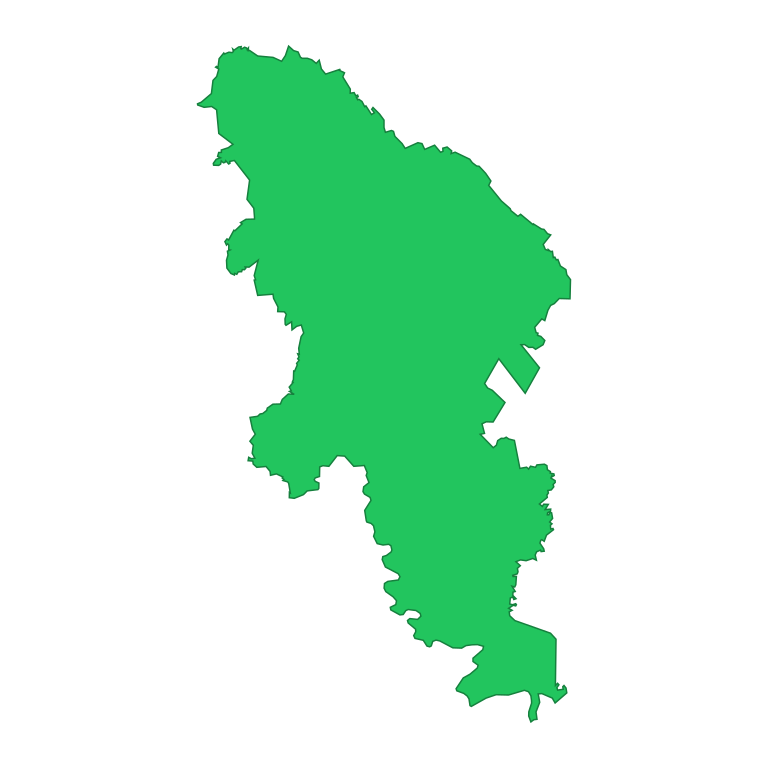 the district of Tezonapa, Veracruz, Mexico
{"feature_id": "50627088B71934722124571", "entity_name": "Tezonapa", "entity_type": "district", "adm_level": 2, "iso_a3": "MEX", "parent_name": "Mexico", "parent_adm1": "Veracruz", "projection": "albers", "projection_center": [-96.777, 18.559], "detail": "fine", "context": "isolated", "style": "filled", "palette": "green", "viewbox_px": 768, "rotation_deg": 0, "n_neighbors": 0, "source": "geoboundaries", "source_scale": "gbopen_adm2", "svg_char_len": 6067}
<svg xmlns="http://www.w3.org/2000/svg" viewBox="0 0 768 768"><path d="M553.8,486.8L553.1,484.5L555.2,482.4L555.1,480.6L550.9,478.1L551.9,475.6L552.4,476.6L554.2,475.5L553.9,473.9L550.2,473.1L550.4,471.6L547.4,469.7L546.9,465.6L544.4,464.2L536.9,464.9L535.5,467.3L530.5,466.2L528.6,469.1L526.6,467.2L519.9,468.4L514.4,440.4L508.8,439.0L506.2,437.2L504.0,438.4L501.2,438.3L497.7,440.6L496.4,445.2L493.2,447.7L480.2,434.3L484.5,433.4L482.0,423.8L486.2,421.8L493.1,422.0L505.0,402.5L492.3,390.3L487.6,388.0L484.6,383.5L498.8,358.7L525.2,393.3L539.5,367.8L521.0,344.7L524.7,344.6L528.8,347.4L532.9,347.3L535.6,349.3L543.1,344.7L544.8,340.5L540.8,336.4L537.5,335.4L538.0,333.2L536.1,332.6L534.7,327.3L541.8,318.9L544.8,320.6L547.9,310.3L550.6,305.4L554.3,303.6L559.2,298.5L570.0,298.8L570.5,279.6L566.8,274.7L565.9,269.6L560.4,266.0L557.9,259.5L556.3,259.9L554.8,257.1L553.3,257.6L552.4,251.3L550.7,251.6L548.2,249.5L548.1,250.5L545.3,249.4L543.2,244.4L550.7,234.9L547.5,233.7L544.0,229.4L541.5,229.0L533.4,223.9L533.0,224.6L520.6,214.3L517.9,216.3L511.0,210.7L510.2,208.7L501.4,201.0L488.7,185.4L490.9,181.0L485.7,173.4L479.1,166.3L476.6,166.0L472.3,162.7L469.7,159.2L455.1,152.2L451.1,153.6L451.7,150.9L447.1,147.0L442.8,148.2L443.0,151.3L440.6,152.3L434.6,145.2L424.7,149.4L422.0,143.6L417.9,142.7L405.2,148.4L402.1,143.6L394.9,136.4L393.5,131.4L391.5,130.5L385.4,132.3L384.0,127.5L384.0,120.1L379.6,114.1L373.0,107.5L371.7,109.3L374.4,112.8L371.5,114.5L365.9,105.9L364.7,106.7L362.0,101.5L358.9,99.3L357.7,99.8L356.5,97.5L358.2,96.7L357.6,95.1L355.8,95.8L354.1,92.6L350.2,93.2L350.3,89.1L342.8,76.9L344.5,72.8L339.0,70.2L340.4,69.2L325.6,74.1L321.4,69.0L319.2,60.2L316.2,63.4L311.8,59.8L307.4,58.3L302.1,58.3L300.4,57.2L298.1,52.0L293.6,50.6L288.6,46.1L285.4,55.6L281.6,61.3L273.1,57.4L257.7,56.0L249.5,50.4L248.3,50.7L248.4,48.0L247.2,49.6L246.6,48.0L244.6,47.2L241.6,49.0L240.8,48.7L241.2,46.6L238.6,47.0L234.0,50.2L232.8,49.1L233.4,51.5L232.2,52.6L228.9,52.2L224.5,54.0L223.8,53.0L219.1,58.7L218.0,67.2L216.5,66.4L215.6,67.2L218.8,69.0L216.7,76.5L213.0,80.4L211.4,93.6L201.3,102.2L197.5,103.8L197.7,105.0L204.1,107.3L211.7,106.5L216.6,109.8L218.8,133.5L233.0,144.3L228.3,147.7L221.3,150.0L221.4,152.4L218.7,152.5L217.6,156.4L220.5,157.8L216.2,159.3L213.3,163.4L213.6,165.2L218.7,165.4L220.6,164.1L221.3,160.9L223.4,162.8L225.0,162.4L225.7,160.7L228.7,164.0L230.0,163.2L229.7,161.4L234.4,160.5L249.6,180.1L247.0,199.3L253.8,208.2L254.5,217.3L254.5,219.1L246.0,219.3L240.5,222.6L242.1,223.9L234.9,230.8L233.9,230.2L228.6,240.0L227.0,238.9L224.9,241.6L226.5,245.1L227.7,243.8L228.8,245.1L228.7,249.7L230.0,250.0L227.4,251.2L228.0,255.0L226.5,260.2L226.9,268.1L230.9,273.5L234.4,275.0L234.6,273.4L236.8,274.3L238.3,271.8L241.6,271.7L242.3,269.6L244.5,269.7L245.8,268.2L245.1,267.0L249.1,267.1L258.2,260.1L254.2,275.6L255.6,279.8L254.2,280.1L257.7,295.4L273.0,294.2L273.6,298.4L278.0,307.0L277.7,311.6L284.4,311.8L286.3,314.4L285.0,318.8L285.2,324.3L286.0,325.3L291.6,321.8L292.0,329.9L296.7,326.3L301.3,325.0L303.7,333.0L301.1,336.7L298.7,348.3L299.3,354.2L297.7,353.8L299.0,356.9L297.7,358.8L299.2,360.2L296.6,363.4L297.3,364.9L294.6,371.2L293.7,371.0L293.4,379.6L292.3,382.1L293.1,382.5L289.2,387.1L291.3,390.8L289.5,391.4L294.2,394.3L288.3,394.0L282.3,399.4L280.4,404.0L272.9,404.2L267.3,408.1L266.7,410.4L262.8,413.5L260.0,414.0L257.6,416.3L250.0,417.4L252.5,429.1L255.3,434.2L249.9,441.2L253.3,445.3L252.2,453.2L254.9,458.2L251.4,458.7L248.7,457.3L248.1,460.7L252.8,461.1L253.2,464.0L256.8,467.3L266.1,466.5L270.1,471.4L270.5,475.3L276.4,473.9L282.8,476.9L282.2,478.0L284.0,479.4L282.9,480.5L287.7,481.9L288.7,483.4L290.3,493.0L289.4,492.4L289.3,497.7L294.3,498.3L303.5,494.6L307.2,490.9L317.9,489.6L318.8,488.4L318.9,483.0L315.3,481.4L314.2,479.7L315.2,477.9L319.5,476.5L319.7,466.9L322.9,465.7L328.9,466.3L337.2,455.6L344.7,456.1L353.8,466.3L364.3,465.5L367.2,472.6L366.2,475.5L369.0,482.6L363.7,486.8L363.0,491.6L364.5,494.1L370.1,497.4L371.0,500.4L364.7,510.4L366.3,520.8L366.9,522.1L371.1,523.4L373.5,525.7L374.9,531.8L373.6,536.3L377.2,543.6L383.0,545.0L388.7,544.3L390.9,545.7L391.9,550.0L391.1,552.0L386.4,555.5L382.8,556.6L382.2,559.6L385.4,567.0L398.2,573.7L400.0,576.7L398.3,580.0L387.8,581.4L384.5,583.5L384.1,588.2L385.8,591.6L393.1,596.8L396.5,600.7L395.8,604.6L390.3,607.3L390.8,609.9L399.9,614.9L403.2,614.5L405.8,610.6L408.2,609.5L416.0,610.5L420.2,613.4L420.9,616.2L417.6,619.4L409.8,618.6L407.5,620.5L408.2,623.0L415.6,629.2L415.7,631.8L413.7,635.6L415.0,638.4L423.3,640.3L427.0,646.1L429.7,646.8L431.3,645.9L432.7,641.4L436.0,640.1L439.7,640.9L452.8,647.8L461.7,648.1L466.0,645.6L472.0,644.8L477.5,644.6L483.5,646.3L482.8,649.7L473.0,658.2L473.0,661.5L478.1,665.2L477.3,668.0L470.0,674.2L463.3,677.9L456.1,688.7L456.8,690.8L463.8,693.4L467.2,696.0L469.0,698.9L470.0,705.6L471.3,706.4L486.1,698.1L496.1,694.7L508.5,695.0L524.4,690.3L528.5,691.7L530.9,695.7L531.5,700.3L531.6,703.1L528.8,711.9L528.7,716.0L530.9,721.9L533.9,719.7L537.0,719.3L536.0,711.9L539.7,702.3L538.2,693.9L541.9,693.6L552.3,698.1L555.1,703.0L566.8,692.9L566.0,688.0L564.0,685.5L562.8,686.7L563.2,689.3L557.6,690.1L556.9,687.6L558.9,684.8L557.6,683.3L555.4,685.5L556.0,639.2L550.5,633.2L514.9,620.6L509.7,615.7L509.2,611.8L512.1,610.3L508.6,608.3L513.2,605.3L515.7,605.9L516.4,604.7L515.7,603.7L512.6,604.7L509.7,604.0L510.3,598.0L512.7,597.0L513.8,599.5L516.0,598.7L512.8,595.4L513.0,592.1L515.2,591.5L512.0,586.2L514.7,587.0L515.8,584.8L516.4,576.4L513.1,576.5L512.7,575.3L517.2,573.9L518.0,571.8L517.4,568.3L520.3,565.7L515.9,561.7L520.5,559.9L526.1,560.7L532.8,558.5L536.4,560.2L535.2,555.0L536.6,551.8L540.5,550.1L541.1,551.6L544.2,551.2L543.7,548.8L539.9,543.1L540.8,540.3L541.8,539.7L544.2,541.3L546.5,535.1L553.5,529.7L553.0,528.5L550.7,529.0L550.4,525.3L552.0,523.8L549.6,522.0L552.6,518.4L551.6,512.8L550.0,512.5L548.8,514.9L547.3,514.8L547.6,512.7L550.5,511.3L550.7,509.1L545.1,509.6L548.3,504.4L543.7,504.2L542.3,506.4L539.4,504.0L547.3,497.4L546.9,495.1L548.4,493.0L547.8,490.5L551.3,489.9L553.8,486.8Z" fill="#22c55e" stroke="#15803d" stroke-width="1.5"/></svg>